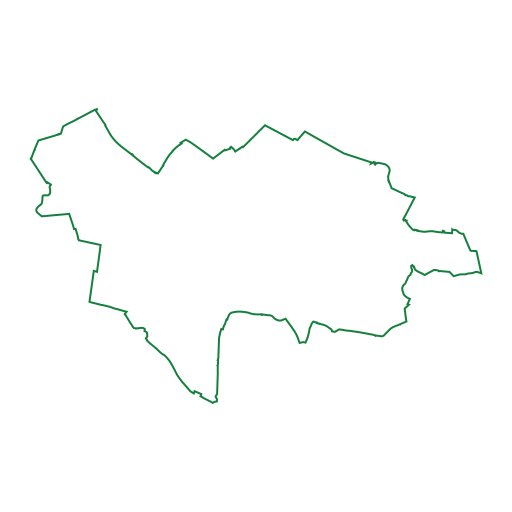 Utrecht, Utrecht, Netherlands (Robinson projection)
{"feature_id": "6326949B99313902629116", "entity_name": "Utrecht", "entity_type": "district", "adm_level": 2, "iso_a3": "NLD", "parent_name": "Netherlands", "parent_adm1": "Utrecht", "projection": "robinson", "projection_center": [5.068, 52.084], "detail": "fine", "context": "isolated", "style": "outline", "palette": "green", "viewbox_px": 512, "rotation_deg": 0, "n_neighbors": 0, "source": "geoboundaries", "source_scale": "gbopen_adm2", "svg_char_len": 5929}
<svg xmlns="http://www.w3.org/2000/svg" viewBox="0 0 512 512"><path d="M304.9,131.5L300.3,136.7L297.5,140.1L295.3,138.9L294.4,138.8L293.8,139.0L292.9,140.1L265.0,125.3L243.0,147.2L242.3,146.7L239.5,148.8L239.4,148.7L235.3,151.5L234.8,150.6L233.7,149.2L232.4,147.9L231.1,146.8L230.2,147.5L230.1,147.9L230.2,148.8L227.0,149.7L225.1,150.4L224.6,149.8L213.1,158.6L200.4,149.3L191.1,142.7L189.1,141.5L185.8,139.7L180.6,142.8L181.5,143.6L178.5,145.6L176.8,146.9L174.9,148.6L172.4,151.2L172.5,151.4L169.6,154.7L167.8,157.2L163.8,163.8L162.9,165.6L163.2,165.8L161.1,168.6L158.0,173.4L156.7,172.8L156.3,172.9L156.0,173.3L154.6,172.5L154.8,172.2L153.4,171.4L152.0,170.5L149.2,167.6L148.6,167.2L148.3,167.5L145.2,165.3L137.5,159.3L132.2,154.9L132.4,154.7L132.2,154.4L132.0,154.6L131.7,154.3L131.9,154.2L131.7,154.1L131.3,154.2L121.0,146.3L116.9,142.7L115.0,140.7L112.7,137.9L111.2,135.9L109.8,133.7L105.2,125.5L105.5,125.2L105.0,124.2L103.4,122.1L96.0,111.0L95.7,110.1L97.0,109.5L96.8,109.1L95.1,110.0L94.9,109.8L92.5,111.0L78.7,118.3L78.1,118.6L77.7,118.6L77.3,118.8L77.3,119.1L73.3,121.2L69.7,122.9L64.7,125.5L63.3,126.4L63.2,126.5L63.0,127.1L62.8,127.3L61.2,132.6L61.0,133.5L59.0,134.0L59.2,134.3L38.4,140.5L34.7,149.2L34.6,149.4L34.8,149.7L34.5,149.8L34.0,151.0L31.2,158.6L31.0,158.3L30.7,158.9L31.8,160.3L35.7,166.2L45.6,181.4L46.9,183.2L47.0,183.2L47.4,182.7L47.5,182.4L50.8,184.5L51.0,184.8L50.0,185.9L49.7,186.6L49.6,187.2L50.1,189.3L50.2,191.0L50.2,192.7L49.8,193.7L49.0,194.7L48.0,195.3L43.6,195.3L43.3,195.4L42.7,196.0L42.6,196.3L42.5,197.2L42.4,199.8L42.1,202.0L41.8,203.1L41.4,203.9L41.0,204.4L38.5,206.4L36.8,208.4L36.5,209.0L36.3,209.7L36.4,211.0L36.7,211.8L37.4,212.7L41.8,216.3L69.2,213.9L73.2,225.9L73.2,226.2L74.1,229.1L75.6,228.9L76.5,231.9L76.8,233.1L77.8,236.1L77.7,236.5L78.2,238.2L78.3,239.2L78.4,239.6L79.0,240.1L79.0,240.3L100.6,245.0L98.9,257.9L97.0,271.8L93.8,270.9L89.5,301.8L90.6,302.2L93.8,303.1L95.1,303.3L99.2,304.4L101.8,305.0L103.7,305.3L110.1,306.9L115.4,308.8L116.4,308.9L123.3,310.9L126.6,311.7L124.7,314.1L124.7,314.4L125.2,314.6L125.5,315.0L130.1,322.5L132.1,325.5L132.8,326.9L133.6,327.6L133.8,328.0L135.4,328.3L136.4,328.3L136.4,328.5L137.3,328.3L138.2,328.3L138.2,328.2L141.1,327.9L142.1,327.9L143.6,328.2L144.8,329.0L144.5,331.0L145.3,331.3L146.8,332.4L147.0,333.1L147.3,335.8L147.3,336.4L146.9,337.1L146.0,338.2L145.9,338.4L146.2,339.0L146.8,339.6L147.1,340.5L147.5,341.1L148.1,341.5L148.4,341.9L149.5,342.9L156.8,349.0L160.0,352.1L161.5,353.4L162.7,354.3L164.4,355.1L166.7,357.5L169.6,361.0L172.6,366.1L177.2,375.0L178.4,376.8L181.8,381.4L189.6,390.4L190.4,391.3L191.1,391.8L193.8,393.4L194.6,391.2L201.3,394.1L200.5,396.3L203.1,397.6L203.6,398.1L211.4,402.0L212.7,402.9L214.7,401.8L216.9,401.4L216.9,398.8L215.7,397.0L215.7,396.0L216.8,394.7L217.1,394.0L217.8,373.0L217.7,370.4L217.8,366.7L217.8,366.3L217.4,365.6L217.9,364.6L218.0,364.0L218.0,362.5L218.1,361.9L218.1,359.8L217.8,359.8L218.4,357.7L218.4,356.7L219.0,339.0L219.1,337.7L219.5,335.8L220.1,333.5L220.1,332.9L221.3,329.0L222.9,329.4L223.0,329.0L222.9,329.0L224.0,325.6L224.9,324.3L226.5,319.4L227.2,319.6L228.7,315.6L229.4,314.4L230.2,313.5L231.7,312.6L235.9,311.8L238.8,311.6L241.8,311.7L245.9,312.2L248.4,312.7L250.6,313.5L253.9,314.2L257.8,314.4L261.7,314.3L261.6,314.9L262.0,315.0L262.2,314.7L262.5,314.5L262.8,314.5L268.8,315.3L269.5,315.2L270.7,315.5L272.1,316.1L273.1,316.9L274.3,318.3L275.7,319.3L277.3,320.1L279.0,320.5L281.1,320.5L285.5,318.7L292.7,328.6L294.9,331.9L296.3,334.4L296.7,335.3L296.8,335.8L297.0,335.9L297.2,336.3L299.6,342.9L303.2,342.1L305.5,342.6L307.6,337.6L309.2,331.4L309.5,328.9L309.7,328.4L311.4,324.6L311.5,323.9L313.3,321.6L317.3,322.7L317.1,323.2L319.5,323.9L319.6,323.7L322.3,324.6L323.0,324.6L326.3,325.9L331.6,329.6L332.0,331.3L333.5,331.6L334.8,331.9L339.2,329.4L339.7,329.4L346.0,330.5L350.2,330.9L359.2,332.2L372.9,334.7L374.6,335.3L375.2,335.6L375.5,335.4L375.9,335.9L376.3,335.6L377.1,335.6L381.1,336.3L382.4,336.2L383.8,335.6L384.5,334.8L389.8,329.4L390.8,328.5L393.0,327.1L399.6,324.5L399.9,324.5L399.9,324.3L406.4,321.5L405.8,317.8L404.7,308.6L404.9,308.3L409.0,304.7L407.5,304.1L409.9,298.9L408.6,298.4L406.6,297.2L405.0,295.9L403.9,294.7L403.6,294.1L402.9,291.5L402.5,290.9L402.2,288.3L402.4,287.3L403.4,285.3L403.7,284.9L405.0,283.8L405.5,283.2L406.0,281.8L407.3,279.3L407.8,277.7L408.3,276.8L409.1,275.8L410.5,274.8L410.8,273.4L411.8,272.2L412.0,271.3L412.1,270.1L412.0,269.7L411.3,267.8L411.2,267.1L411.3,266.2L411.2,265.8L412.3,265.1L413.4,266.2L413.8,267.0L414.1,266.9L414.9,269.2L415.2,269.6L415.7,270.1L417.4,271.3L422.4,273.7L424.7,275.0L427.7,273.3L434.1,269.9L437.9,270.4L438.9,271.3L439.5,271.0L449.5,271.9L453.7,276.2L454.3,276.0L459.1,274.6L460.5,274.4L465.6,274.3L468.1,273.5L472.2,273.1L475.6,272.0L476.2,271.9L477.2,271.9L481.3,273.3L476.5,251.2L476.4,251.1L471.5,250.9L470.9,250.8L470.4,250.5L467.4,243.5L463.3,233.8L461.6,233.7L460.4,233.3L459.5,232.9L458.7,232.3L456.8,230.6L456.2,230.2L455.3,230.0L452.5,229.7L452.3,229.5L452.0,233.2L444.5,232.7L444.3,232.5L444.3,231.3L442.9,230.8L442.8,232.4L442.6,232.5L438.2,232.1L432.2,231.2L429.1,231.3L424.6,231.8L423.1,231.7L417.7,230.9L417.9,230.5L416.5,230.0L416.4,230.2L414.8,229.7L414.5,230.3L413.5,230.1L412.7,229.6L412.0,228.9L409.7,226.4L408.8,225.3L407.6,223.6L406.2,221.4L406.4,221.0L405.9,221.1L405.5,220.0L403.7,220.5L403.2,219.4L407.8,210.9L414.7,197.5L409.4,196.2L408.6,196.3L407.9,196.1L406.9,195.3L405.4,195.2L404.4,194.0L401.9,193.0L391.6,188.2L390.1,184.2L389.6,183.3L388.8,181.5L389.1,181.6L388.5,180.0L388.3,178.9L388.2,177.3L388.0,176.9L388.2,176.5L388.5,174.9L389.1,173.0L389.6,170.9L389.6,169.6L389.4,168.9L389.2,168.1L388.4,166.8L387.1,165.6L386.0,164.8L384.6,164.1L378.3,162.8L376.7,163.4L376.0,162.9L375.2,164.6L374.7,164.4L374.5,163.3L374.5,162.7L373.9,162.3L374.0,162.1L373.7,162.0L373.1,162.6L371.1,163.6L371.6,162.5L343.8,153.4L304.9,131.5Z" fill="none" stroke="#15803d" stroke-width="2"/></svg>